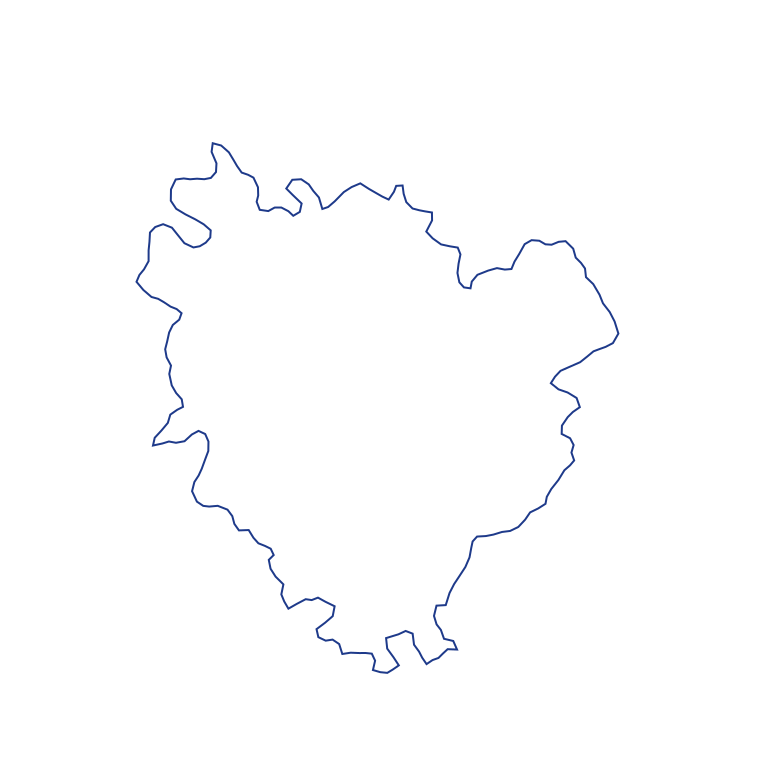 Brunópolis, Santa Catarina, Brazil, rotated 163°
{"feature_id": "56859067B13796329271390", "entity_name": "Brunópolis", "entity_type": "district", "adm_level": 2, "iso_a3": "BRA", "parent_name": "Brazil", "parent_adm1": "Santa Catarina", "projection": "mercator", "projection_center": [-50.839, -27.348], "detail": "fine", "context": "isolated", "style": "outline", "palette": "blue", "viewbox_px": 768, "rotation_deg": 163, "n_neighbors": 0, "source": "geoboundaries", "source_scale": "gbopen_adm2", "svg_char_len": 3370}
<svg xmlns="http://www.w3.org/2000/svg" viewBox="0 0 768 768"><g transform="rotate(163 384 384)"><path d="M452.1,110.6L454.8,119.9L458.3,130.0L456.3,140.4L449.9,140.4L443.4,140.4L435.5,141.5L429.6,136.9L431.5,125.9L428.7,117.8L427.5,111.1L425.2,103.7L418.3,105.8L412.0,106.1L406.5,109.0L400.7,111.8L391.8,108.7L392.9,118.0L401.1,122.8L401.5,132.2L404.0,138.7L404.0,147.6L398.6,156.7L389.6,154.5L382.4,165.0L375.4,172.2L368.7,177.7L359.7,185.2L352.9,193.2L348.4,201.9L345.3,207.5L339.6,210.9L331.0,208.8L323.4,208.0L314.4,208.0L306.4,206.6L297.4,208.0L288.7,213.0L281.8,218.5L273.0,219.9L264.6,222.2L261.3,228.5L254.7,234.7L245.3,241.2L236.7,248.8L229.9,251.8L224.5,255.3L224.8,263.6L220.5,270.2L221.9,277.7L228.7,284.3L226.0,292.2L218.0,298.6L211.6,302.0L203.5,304.6L203.9,314.3L210.9,322.2L218.7,327.9L224.2,336.0L218.3,341.0L211.3,345.0L202.9,346.0L190.1,347.5L182.0,350.7L174.1,354.0L167.6,354.4L161.2,354.7L153.1,356.2L145.1,363.7L145.2,376.4L147.1,386.8L151.0,397.1L151.8,406.4L154.7,418.4L159.6,427.1L158.0,435.7L160.2,442.2L163.7,448.8L163.5,458.1L168.6,467.5L175.4,468.9L183.0,468.2L188.8,470.4L193.6,475.6L200.8,478.4L208.6,476.6L216.8,468.7L223.4,462.9L228.5,456.7L235.0,458.1L242.1,461.8L251.2,462.0L262.7,461.1L270.1,456.3L273.3,450.2L279.3,453.0L282.2,459.2L281.3,468.7L277.5,477.3L273.0,485.6L273.6,492.9L280.7,496.4L288.6,500.8L294.9,509.1L299.0,517.4L290.2,526.4L288.0,534.0L294.1,537.0L299.4,539.8L305.4,543.5L309.5,551.4L309.6,560.1L308.2,568.4L314.4,569.9L318.3,564.9L325.6,559.0L330.8,563.7L335.5,568.7L341.3,574.9L348.0,582.8L357.4,581.8L366.3,579.3L377.7,573.1L385.7,569.6L391.8,569.4L391.7,581.4L395.2,589.4L397.6,596.9L403.3,604.0L412.0,606.1L420.3,599.5L416.1,591.6L410.0,580.7L414.2,573.2L421.6,571.4L424.9,577.2L430.6,582.8L437.0,584.7L444.1,583.2L451.9,586.9L452.5,595.5L449.2,601.0L447.0,609.0L448.5,619.5L452.8,623.8L458.3,627.8L460.8,635.4L462.4,642.2L464.6,650.9L470.0,659.7L477.4,664.3L481.0,656.4L479.7,644.0L482.7,635.8L489.3,631.7L496.0,632.4L502.8,635.0L509.6,636.5L515.4,639.1L523.4,640.5L530.8,632.4L534.3,621.6L531.5,612.3L524.3,604.3L516.3,596.6L509.7,589.4L504.8,581.6L507.3,574.9L513.1,571.3L519.9,569.6L526.3,570.3L533.7,577.0L537.8,587.2L541.1,595.5L548.5,601.4L556.9,601.0L563.5,597.3L566.7,588.6L570.0,580.7L573.2,570.3L580.0,563.8L586.0,559.8L590.8,554.1L586.6,544.2L580.9,535.2L575.1,531.5L570.4,526.4L565.5,520.4L560.4,516.3L556.9,510.9L561.0,505.4L568.7,502.2L574.4,496.1L578.9,488.1L583.1,481.2L584.1,473.0L582.3,463.9L586.4,456.4L587.4,444.7L585.4,436.1L581.9,428.5L582.9,420.9L589.3,419.8L597.3,417.2L602.1,410.0L610.4,404.6L619.0,399.6L622.9,392.7L613.3,391.9L606.5,391.9L600.1,388.6L591.5,387.6L582.5,391.9L575.1,393.4L569.6,388.4L568.7,380.3L571.6,371.3L576.6,364.8L583.1,356.2L588.0,350.7L594.0,345.7L598.9,337.6L597.3,326.2L592.5,320.3L587.0,317.9L578.6,316.1L570.4,309.6L567.7,302.0L568.0,294.0L565.5,286.4L556.1,283.9L553.8,275.1L550.7,268.4L545.2,264.0L540.5,259.6L539.5,252.7L545.6,249.5L546.5,240.5L544.0,231.5L538.8,221.8L543.7,212.8L543.0,205.2L541.1,197.1L531.8,199.2L521.8,201.1L516.3,198.5L509.6,199.0L503.6,192.8L496.2,185.9L500.9,177.0L510.2,172.9L520.2,169.3L520.8,161.1L514.8,155.6L507.9,154.6L502.9,148.4L502.8,138.0L494.5,136.8L486.2,133.9L480.4,132.2L474.5,129.7L473.4,122.0L478.2,113.7L471.8,109.5L465.3,106.8L459.3,108.3L452.1,110.6Z" fill="none" stroke="#1e3a8a" stroke-width="2"/></g></svg>